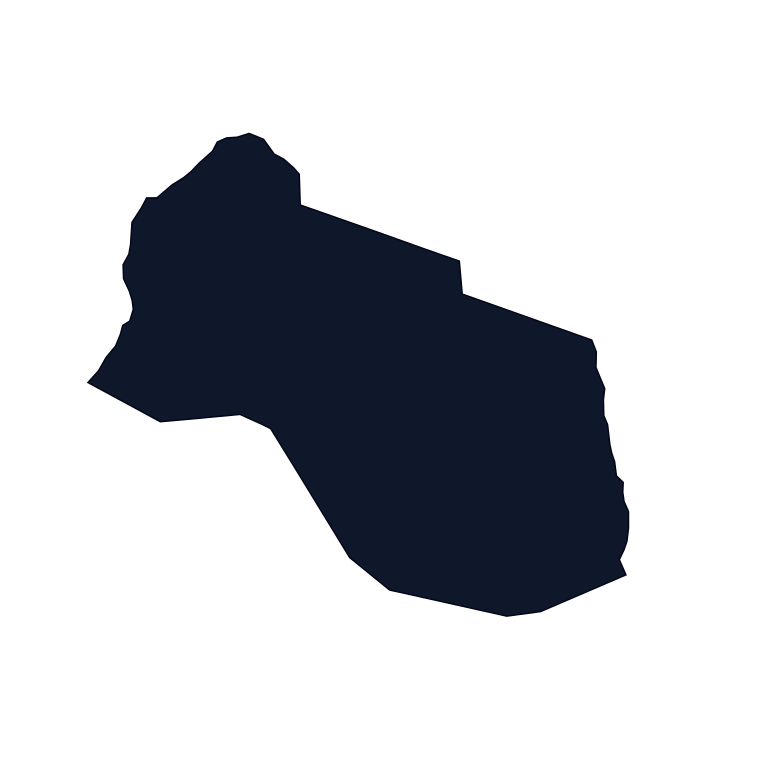 the district of Diamante do Norte, Paraná, Brazil, rotated 199°
{"feature_id": "56859067B42644323100321", "entity_name": "Diamante do Norte", "entity_type": "district", "adm_level": 2, "iso_a3": "BRA", "parent_name": "Brazil", "parent_adm1": "Paraná", "projection": "orthographic", "projection_center": [-52.879, -22.637], "detail": "fine", "context": "isolated", "style": "filled", "palette": "ink", "viewbox_px": 768, "rotation_deg": 199, "n_neighbors": 0, "source": "geoboundaries", "source_scale": "gbopen_adm2", "svg_char_len": 1009}
<svg xmlns="http://www.w3.org/2000/svg" viewBox="0 0 768 768"><g transform="rotate(199 384 384)"><path d="M93.1,282.3L104.3,294.5L103.1,305.5L103.1,314.4L105.9,327.4L111.3,343.0L118.8,351.1L123.0,359.4L125.8,368.8L134.4,372.9L140.7,385.7L146.4,393.1L150.8,400.4L159.4,418.4L165.9,425.7L171.4,440.5L173.8,451.5L182.7,461.5L189.0,468.7L193.7,483.5L201.9,493.2L339.3,494.5L352.8,524.7L391.8,524.9L442.5,525.5L521.5,526.0L532.4,554.7L539.7,558.9L552.1,564.0L562.8,565.7L577.6,576.2L593.1,577.0L603.3,569.5L613.0,565.4L620.4,558.5L621.9,548.4L630.6,532.8L635.6,522.0L640.6,513.9L649.1,503.4L659.4,486.0L669.0,482.7L670.7,471.7L674.9,454.8L669.0,433.2L667.5,423.7L669.5,411.7L664.5,398.7L655.1,389.0L649.2,380.9L645.4,373.0L644.9,360.7L650.1,354.3L649.4,345.1L650.1,332.7L655.4,318.6L658.2,303.6L664.4,289.0L583.2,275.5L549.5,290.6L510.2,308.4L486.8,306.2L476.6,304.9L440.1,275.0L359.9,208.7L311.5,191.0L303.3,192.0L192.3,204.5L161.9,219.8L93.1,282.3Z" fill="#0f172a" stroke="#020617" stroke-width="1.5"/></g></svg>